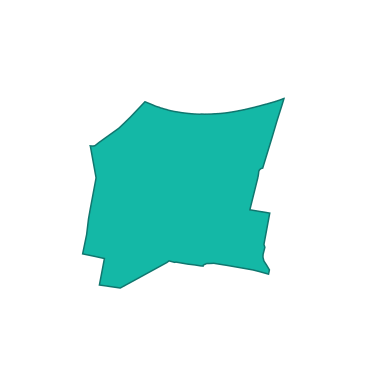 the district of Al Attarin, Al Iskandariyah, Egypt, rotated 35°
{"feature_id": "37247803B2309887607754", "entity_name": "Al Attarin", "entity_type": "district", "adm_level": 2, "iso_a3": "EGY", "parent_name": "Egypt", "parent_adm1": "Al Iskandariyah", "projection": "orthographic", "projection_center": [29.903, 31.198], "detail": "fine", "context": "isolated", "style": "filled", "palette": "teal", "viewbox_px": 384, "rotation_deg": 35, "n_neighbors": 0, "source": "geoboundaries", "source_scale": "gbopen_adm2", "svg_char_len": 5327}
<svg xmlns="http://www.w3.org/2000/svg" viewBox="0 0 384 384"><g transform="rotate(35 192 192)"><path d="M137.9,305.4L149.8,300.3L157.3,297.2L158.4,296.7L169.5,321.3L188.3,311.8L208.6,270.8L211.8,264.3L212.7,261.6L218.1,259.6L219.1,258.6L229.9,253.5L236.0,250.2L241.6,247.5L243.6,246.3L243.2,245.4L245.0,242.2L248.2,239.9L250.7,237.9L260.0,233.4L262.2,232.3L277.8,225.0L286.6,220.9L290.3,219.5L292.7,218.6L301.8,215.4L300.1,211.4L294.8,209.0L290.5,207.3L287.5,204.7L286.0,202.3L283.4,195.5L281.0,193.7L267.8,164.7L249.6,173.4L237.8,142.7L237.5,142.2L237.3,141.6L237.1,141.1L236.8,140.5L236.6,140.0L236.3,139.5L236.1,139.0L235.8,138.5L235.3,137.6L235.2,137.4L235.0,137.1L234.9,136.7L234.8,136.4L234.7,136.1L234.7,135.8L234.6,135.5L234.6,135.1L234.7,134.8L234.7,134.5L234.8,134.2L234.9,133.8L235.0,133.5L235.1,133.4L235.2,133.1L235.4,132.8L235.6,132.6L235.8,132.3L236.0,132.1L236.2,131.9L226.1,100.8L220.8,85.0L215.8,69.0L213.7,62.6L213.5,62.8L213.4,63.0L213.2,63.3L213.0,63.6L212.9,63.7L212.4,64.5L212.2,64.9L212.1,65.0L211.6,65.6L211.5,65.8L211.3,66.1L211.2,66.3L210.5,67.2L210.4,67.4L210.3,67.5L210.1,67.7L210.0,67.9L209.9,68.0L209.7,68.3L209.5,68.6L209.4,68.7L209.2,69.0L209.0,69.3L208.8,69.4L208.7,69.6L208.5,69.9L208.4,70.0L208.1,70.5L207.5,71.2L207.4,71.4L207.2,71.5L206.6,72.3L206.4,72.5L206.0,73.1L205.8,73.3L205.7,73.4L205.6,73.6L205.4,73.7L205.2,74.0L205.0,74.3L204.9,74.5L204.6,74.7L204.5,74.9L204.4,75.1L204.2,75.2L204.1,75.4L203.9,75.7L203.7,75.9L203.5,76.1L203.3,76.4L202.5,77.4L202.2,77.6L202.1,77.8L201.8,78.1L201.7,78.3L201.5,78.5L201.2,78.8L201.0,79.1L200.7,79.4L200.5,79.7L200.3,79.9L199.7,80.6L199.5,80.9L198.9,81.6L198.6,82.0L197.6,83.2L197.0,83.9L196.6,84.3L196.4,84.6L196.1,84.9L195.8,85.2L195.6,85.5L195.2,86.0L194.9,86.4L194.7,86.6L194.5,86.8L194.4,86.9L194.2,87.1L194.1,87.3L193.9,87.5L193.5,88.0L193.3,88.1L193.1,88.4L192.9,88.6L192.6,89.0L192.2,89.4L191.9,89.7L191.7,89.9L191.6,90.1L191.3,90.4L191.1,90.7L190.9,90.8L190.8,91.0L190.6,91.2L190.4,91.4L189.8,92.2L189.6,92.3L189.2,92.8L188.9,93.1L188.8,93.3L188.6,93.5L188.4,93.6L188.3,93.8L188.1,94.0L187.9,94.3L187.5,94.7L187.4,94.8L187.1,95.0L186.8,95.4L186.6,95.6L186.4,95.8L186.1,96.1L185.9,96.4L185.1,97.2L184.9,97.4L184.6,97.7L184.4,97.9L184.2,98.1L184.0,98.3L183.8,98.5L183.6,98.7L182.8,99.6L182.5,99.9L181.9,100.5L181.4,101.0L180.9,101.5L180.4,102.0L180.1,102.3L179.7,102.7L179.0,103.4L178.6,103.8L178.4,104.0L178.2,104.2L178.0,104.4L177.8,104.5L177.7,104.7L177.5,104.9L177.3,105.0L177.2,105.2L176.9,105.4L176.8,105.6L176.6,105.7L176.4,105.9L176.2,106.1L176.0,106.3L175.7,106.6L175.4,106.8L174.6,107.6L174.3,107.9L174.0,108.1L173.7,108.4L173.5,108.6L173.0,109.0L172.8,109.2L172.5,109.4L172.1,109.8L171.8,110.1L171.6,110.2L171.3,110.5L171.1,110.6L170.6,111.1L170.3,111.3L169.8,111.8L169.5,111.9L169.2,112.2L169.0,112.4L168.7,112.7L168.3,112.9L168.1,113.1L167.9,113.2L167.6,113.5L167.2,113.8L166.8,114.1L166.4,114.5L165.0,115.5L164.6,115.9L164.2,116.2L163.8,116.5L163.4,116.8L163.1,117.1L162.8,117.3L162.5,117.5L162.2,117.8L161.9,118.0L161.4,118.3L161.2,118.5L160.9,118.7L160.7,118.8L160.5,119.0L160.2,119.2L160.0,119.4L159.8,119.5L159.7,119.6L159.2,119.9L158.6,120.4L158.2,120.6L158.1,120.8L157.8,121.0L157.6,121.1L157.4,121.2L157.2,121.3L156.9,121.6L156.6,121.7L156.4,121.8L156.1,122.0L155.9,122.2L155.7,122.3L155.3,122.5L155.0,122.8L154.9,122.9L154.6,123.1L154.4,123.3L154.2,123.4L154.1,123.5L153.7,123.9L153.2,124.2L153.0,124.3L152.8,124.5L152.6,124.6L152.4,124.7L152.2,124.8L152.0,125.0L151.8,125.1L151.5,125.3L151.2,125.5L150.4,126.0L150.1,126.1L149.5,126.6L148.9,126.9L148.4,127.2L147.9,127.5L147.7,127.6L147.3,127.9L147.1,128.0L146.9,128.1L145.5,128.9L145.4,128.9L145.2,129.0L144.9,129.2L144.6,129.4L144.5,129.5L144.2,129.6L143.9,129.8L143.7,129.9L143.5,130.0L143.4,130.1L143.0,130.3L142.9,130.3L142.6,130.5L142.4,130.6L142.1,130.8L141.9,130.9L141.8,131.0L141.6,131.0L141.2,131.3L140.9,131.4L140.8,131.5L140.6,131.6L140.4,131.7L140.2,131.8L139.8,132.0L139.5,132.2L139.2,132.3L138.9,132.5L138.5,132.7L138.1,132.9L137.7,133.1L137.3,133.3L136.9,133.5L136.4,133.7L136.0,133.9L135.4,134.2L135.0,134.4L134.6,134.6L134.1,134.8L133.2,135.3L132.3,135.7L131.5,136.1L131.1,136.3L130.7,136.5L130.3,136.6L129.9,136.8L129.1,137.1L128.4,137.5L128.0,137.6L127.7,137.7L127.4,137.9L127.1,138.0L126.9,138.1L126.7,138.1L126.3,138.3L126.0,138.4L125.7,138.5L125.2,138.7L124.8,138.8L123.9,139.0L123.7,139.1L123.3,139.3L123.2,139.3L122.6,139.6L122.4,139.6L121.9,139.8L121.7,139.9L120.7,140.2L119.7,140.5L119.3,140.6L119.2,140.7L118.9,140.8L118.7,140.9L118.4,141.0L118.2,141.1L117.9,141.2L117.6,141.3L117.3,141.3L117.2,141.3L116.9,141.3L116.4,141.5L116.2,141.5L115.9,141.6L115.7,141.7L115.3,141.9L114.9,142.0L114.5,142.1L114.1,142.3L113.9,142.3L113.3,142.5L113.1,142.6L112.9,142.6L112.4,142.7L112.0,142.8L111.8,142.8L111.7,142.9L110.9,143.0L110.6,143.1L110.4,143.1L110.2,143.1L109.8,143.2L109.7,143.2L109.1,143.4L108.6,143.5L108.4,143.5L108.0,143.6L107.8,143.7L107.3,143.8L107.0,143.8L106.8,143.9L106.7,143.9L106.3,144.0L105.9,144.1L105.5,144.2L105.2,144.3L104.8,144.3L103.5,144.7L103.3,144.7L102.3,144.9L102.0,145.0L101.7,145.1L98.6,165.9L96.7,175.8L95.5,181.7L89.7,198.2L87.6,204.2L85.9,209.8L84.5,211.2L82.2,212.6L82.5,212.8L105.3,235.4L106.9,238.9L118.6,264.7L122.7,273.5L130.1,287.3L137.9,305.4Z" fill="#14b8a6" stroke="#0f766e" stroke-width="1.5"/></g></svg>